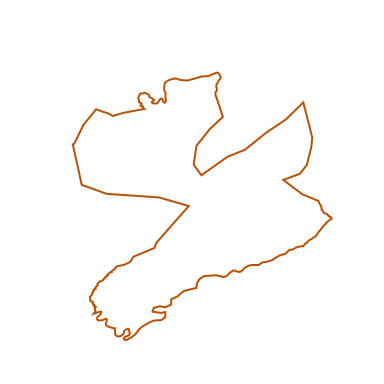 the district of Ixpantepec Nieves, Oaxaca, Mexico, rotated 68°
{"feature_id": "50627088B88531455891117", "entity_name": "Ixpantepec Nieves", "entity_type": "district", "adm_level": 2, "iso_a3": "MEX", "parent_name": "Mexico", "parent_adm1": "Oaxaca", "projection": "equal_earth", "projection_center": [-98.013, 17.504], "detail": "fine", "context": "isolated", "style": "outline", "palette": "amber", "viewbox_px": 384, "rotation_deg": 68, "n_neighbors": 0, "source": "geoboundaries", "source_scale": "gbopen_adm2", "svg_char_len": 4981}
<svg xmlns="http://www.w3.org/2000/svg" viewBox="0 0 384 384"><g transform="rotate(68 192 192)"><path d="M144.1,291.6L146.7,288.6L159.7,274.1L162.2,271.1L165.7,263.7L172.5,249.7L180.5,233.2L180.7,232.8L184.9,224.3L203.8,200.3L216.3,225.3L222.8,238.2L225.8,244.2L226.4,244.6L229.8,247.7L230.1,270.6L233.6,275.3L233.9,278.9L234.1,282.3L233.6,285.0L233.0,288.0L232.8,289.0L233.2,290.0L233.1,290.8L234.6,292.2L234.5,292.8L234.5,293.1L234.9,293.9L235.1,295.5L235.5,296.3L236.2,296.4L235.9,297.4L235.8,298.4L236.8,299.9L236.7,301.1L237.4,301.1L237.7,301.6L237.8,301.9L238.1,302.4L238.1,303.1L238.7,303.3L238.6,304.8L239.1,305.3L239.4,306.3L239.8,306.4L240.0,306.5L240.8,309.2L240.3,311.2L241.9,314.3L242.9,314.3L243.7,314.9L243.9,316.9L244.8,317.6L245.6,317.5L245.7,319.9L246.7,319.9L247.0,321.1L248.2,321.6L248.5,322.7L249.8,323.4L250.5,324.4L250.7,325.8L252.6,326.4L254.0,326.4L254.8,327.1L256.5,325.6L257.5,324.9L258.1,325.7L259.1,325.8L260.7,324.7L261.5,325.7L262.6,324.3L263.8,325.8L265.2,326.0L266.5,326.3L268.0,328.8L268.3,323.6L268.9,321.1L270.3,321.7L271.3,323.0L272.4,326.3L273.1,327.1L274.1,327.7L275.0,327.6L276.0,326.6L276.8,325.0L277.2,323.2L277.2,321.2L277.3,319.7L277.7,318.8L278.5,318.9L279.1,319.2L279.9,319.5L280.5,320.0L281.2,320.7L282.0,321.2L282.7,321.5L283.5,321.4L284.2,321.1L284.8,320.7L285.7,319.8L286.5,318.9L287.0,318.2L287.7,317.2L288.9,315.9L289.6,314.4L290.8,315.2L291.8,315.5L292.9,315.4L294.0,316.3L295.0,316.6L296.0,316.3L297.1,315.8L297.8,315.5L298.4,314.2L298.6,313.4L298.7,312.5L298.7,311.8L298.7,310.9L298.5,309.7L297.6,308.4L295.5,306.9L295.1,305.8L294.8,304.4L294.7,303.1L295.3,302.1L296.3,302.0L297.4,302.3L299.0,302.5L301.1,303.5L301.4,305.0L301.3,307.0L301.4,308.5L301.7,309.5L302.3,310.1L303.5,310.1L304.1,309.5L304.6,307.7L304.1,302.7L302.7,297.8L299.5,292.6L298.1,288.1L297.0,280.4L296.9,275.4L299.3,268.6L298.2,263.8L293.4,261.7L292.4,266.3L288.1,273.4L285.2,270.9L285.8,264.9L288.8,260.1L288.6,253.5L283.8,251.6L283.3,244.0L282.5,242.2L280.7,236.6L281.6,230.4L282.6,223.9L278.9,221.9L275.5,217.7L274.5,212.3L276.0,207.6L278.5,200.3L280.2,198.1L281.4,196.5L281.5,196.1L282.6,194.7L282.9,191.7L282.3,189.7L281.3,187.8L281.1,187.2L280.8,185.8L280.5,184.4L280.2,183.3L280.7,182.4L281.5,181.0L282.1,180.4L283.5,179.0L284.1,176.8L283.3,174.1L282.0,171.6L281.9,169.3L281.6,167.5L281.8,165.0L282.6,162.8L283.5,160.4L284.7,157.6L284.0,155.0L283.7,153.0L284.0,151.6L284.8,148.4L285.0,146.1L285.2,143.4L284.4,140.1L284.2,137.9L283.7,135.1L283.8,131.9L284.3,130.0L284.1,127.8L282.8,125.2L282.2,123.6L282.6,121.9L283.0,120.9L282.8,119.3L282.5,115.7L282.9,112.7L283.3,111.1L283.8,109.2L283.5,108.5L282.5,106.7L282.2,105.7L282.0,104.0L281.2,103.1L280.7,102.0L280.6,100.2L279.2,93.7L278.9,93.1L276.5,89.7L276.0,88.5L274.9,86.4L273.9,85.0L270.6,78.3L269.6,75.3L269.1,72.5L268.1,72.3L267.2,72.7L266.5,73.8L265.7,73.7L265.2,74.5L264.4,74.5L263.9,74.8L263.0,75.1L261.0,77.3L260.5,77.3L259.7,77.7L258.1,77.9L256.8,78.5L255.6,77.8L251.8,77.7L250.2,78.3L247.8,78.0L235.4,90.6L228.1,95.0L215.0,102.8L215.5,86.0L215.6,85.4L210.0,75.5L195.4,64.8L186.9,60.2L179.8,59.2L179.5,59.1L179.3,59.1L176.7,58.7L162.1,56.8L156.6,56.1L150.6,55.2L159.8,77.4L164.9,101.3L172.7,127.2L172.6,145.9L180.0,177.0L167.2,180.2L156.7,174.0L156.1,173.7L153.0,171.8L152.4,171.4L150.8,170.5L149.8,168.8L149.2,167.6L148.6,166.6L148.1,165.7L146.4,162.7L140.4,152.1L133.9,135.3L114.2,133.9L113.4,133.7L112.8,134.0L110.6,133.8L108.4,132.9L107.7,131.7L107.0,130.9L105.1,130.1L103.6,130.1L101.8,129.2L100.8,128.0L99.5,126.6L98.6,125.3L97.6,123.5L96.8,122.5L95.1,122.3L93.5,122.6L91.9,122.9L91.2,123.2L90.7,124.3L90.6,124.5L90.5,128.9L90.7,132.8L90.7,133.8L90.1,135.0L89.2,137.5L88.7,139.6L88.3,141.1L88.2,142.8L88.1,144.5L87.8,147.3L87.4,150.0L87.1,153.7L86.1,156.2L85.2,158.1L84.8,158.9L83.9,160.5L82.5,162.4L81.5,163.3L81.0,164.1L80.6,165.1L80.0,166.7L79.7,169.3L79.7,171.7L79.9,174.0L80.6,176.2L83.1,177.7L84.8,178.8L86.1,179.3L87.5,179.4L88.8,179.5L89.8,179.5L90.8,179.5L92.0,180.2L92.8,180.6L95.1,181.5L96.3,181.6L97.6,182.1L98.5,182.6L98.9,183.3L98.8,184.2L97.1,184.8L96.4,184.8L94.5,184.6L93.9,185.4L94.0,186.8L95.3,188.6L96.1,189.7L96.6,190.8L96.6,191.9L96.0,193.4L95.5,194.2L95.1,195.0L94.6,195.4L93.8,195.7L93.2,194.9L93.0,194.2L92.8,193.1L92.4,192.7L91.3,193.1L89.8,194.2L88.9,195.0L88.1,195.8L87.5,196.0L86.2,195.6L85.5,195.6L85.0,196.0L84.4,196.5L83.6,197.5L82.9,198.0L82.3,198.7L82.1,199.4L82.4,200.3L81.3,202.9L83.0,205.1L85.2,206.9L87.0,206.7L88.6,207.5L90.1,206.5L90.3,206.3L90.5,205.9L90.8,205.7L91.2,205.5L91.7,205.8L91.9,206.0L92.0,206.3L92.2,206.5L92.7,207.4L92.9,207.2L93.1,207.2L93.6,206.8L93.9,206.4L94.0,205.9L94.3,205.4L94.7,205.2L95.1,205.3L95.2,205.5L95.6,205.7L96.0,205.7L96.4,205.6L96.8,205.8L97.1,205.5L96.6,207.8L96.2,209.8L94.6,217.6L92.9,226.2L91.8,237.0L88.1,239.9L83.9,244.9L79.4,249.9L82.6,255.7L88.9,267.2L95.9,275.1L96.5,275.7L102.8,282.7L103.2,283.2L103.1,284.7L109.0,285.7L127.9,288.8L144.1,291.6Z" fill="none" stroke="#b45309" stroke-width="2"/></g></svg>